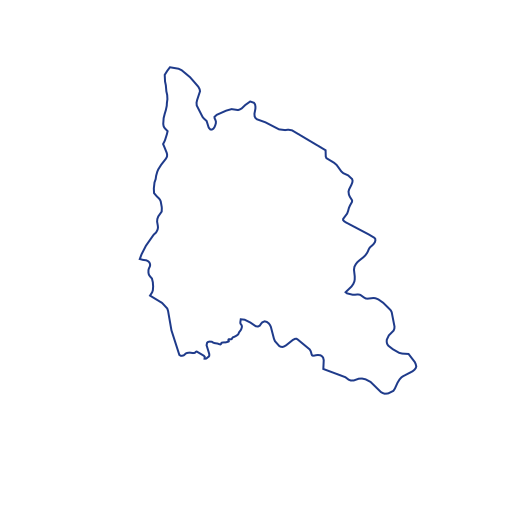 SVG path tracing the border of Arhangay, rotated 224°
{"feature_id": "MNG-3316", "entity_name": "Arhangay", "entity_type": "Province", "adm_level": 1, "iso_a3": "MNG", "parent_name": "Mongolia", "parent_adm1": "", "projection": "albers", "projection_center": [100.83, 48.018], "detail": "fine", "context": "isolated", "style": "outline", "palette": "blue", "viewbox_px": 512, "rotation_deg": 224, "n_neighbors": 0, "source": "natural_earth", "source_scale": "10m", "svg_char_len": 4362}
<svg xmlns="http://www.w3.org/2000/svg" viewBox="0 0 512 512"><g transform="rotate(224 256 256)"><path d="M304.7,153.9L305.5,157.8L306.4,159.7L308.9,162.7L310.4,164.0L311.9,165.4L315.2,167.5L317.8,167.7L319.5,168.0L320.3,168.3L321.8,169.3L323.6,171.2L324.4,172.7L325.1,174.8L325.9,176.0L327.0,176.8L328.3,177.3L329.9,177.3L331.9,176.7L334.6,174.7L337.5,173.1L339.5,177.7L342.3,186.9L344.2,198.9L344.4,200.4L344.2,203.4L344.8,205.7L345.4,207.1L346.4,208.5L347.7,209.6L351.0,212.0L352.7,214.1L353.8,216.6L354.7,222.4L356.8,224.8L357.9,225.8L362.5,229.1L364.0,229.7L365.6,230.0L368.9,230.0L373.0,230.4L376.4,233.6L380.1,238.4L381.6,241.6L383.6,244.4L385.6,248.1L386.5,250.5L387.6,255.8L388.4,263.4L388.9,265.2L389.3,266.0L390.5,267.3L391.9,268.2L396.6,270.3L400.6,272.0L401.5,275.0L402.1,276.5L404.6,281.5L406.3,284.4L409.6,284.5L411.3,284.7L412.8,285.3L414.5,286.6L418.2,291.0L420.4,294.8L422.2,298.3L424.5,302.0L426.4,304.2L428.7,307.3L431.7,310.1L434.9,312.2L439.5,316.2L442.6,318.3L447.5,322.9L448.5,327.7L449.0,332.0L441.8,336.9L438.5,338.0L427.6,338.8L415.1,337.7L412.4,336.8L410.7,335.6L406.7,327.3L405.3,325.0L403.2,323.1L391.0,318.9L389.2,318.7L385.3,318.8L379.6,315.7L378.6,315.4L376.7,315.3L375.6,316.2L375.1,317.9L375.4,319.9L376.2,321.9L377.1,323.6L378.3,324.9L379.8,325.7L381.4,326.3L382.5,327.2L382.3,330.3L378.4,339.9L375.6,344.7L370.3,348.5L369.5,350.0L368.8,352.2L368.6,357.2L367.5,363.1L363.9,364.8L362.0,364.4L360.2,363.1L358.8,361.6L355.9,357.2L354.0,355.5L352.3,354.9L350.3,355.0L342.1,358.7L327.4,363.1L322.5,366.8L320.6,369.2L317.4,371.4L279.4,380.4L274.9,376.0L273.3,375.3L264.5,377.3L261.2,377.5L253.4,376.1L250.8,376.2L245.7,378.0L240.3,378.1L238.8,377.2L237.8,375.8L236.8,373.4L235.3,368.6L234.2,366.6L231.8,364.7L229.6,363.8L225.9,362.9L225.2,362.5L224.5,361.5L223.5,357.7L222.6,355.2L221.0,352.3L219.9,349.8L219.1,343.3L218.4,342.4L216.9,342.2L214.7,342.6L190.0,349.8L183.6,351.3L182.2,351.2L181.0,350.2L180.1,348.6L179.7,346.1L179.8,343.9L180.0,342.0L179.9,340.5L179.5,339.0L178.7,337.0L178.2,335.2L177.8,332.3L177.9,329.7L178.6,324.5L178.8,321.9L178.5,319.3L177.7,316.6L176.0,314.2L170.8,309.9L168.7,307.7L167.6,306.1L166.6,303.5L166.1,300.4L166.4,292.2L164.7,292.3L159.7,295.2L157.8,297.0L156.5,298.6L155.3,299.7L153.9,300.5L149.3,301.2L147.5,301.7L146.1,302.8L142.4,307.3L141.0,308.4L139.8,309.0L137.7,309.8L131.9,310.7L123.3,310.6L121.2,310.5L119.3,309.8L107.3,301.4L106.0,299.8L105.2,297.9L105.3,291.2L103.8,286.7L102.8,285.5L101.9,284.7L100.8,284.0L99.6,283.6L98.4,283.4L92.8,284.0L85.7,285.8L83.0,287.4L78.2,291.5L68.1,290.0L66.1,289.2L64.0,287.9L63.2,286.2L63.0,284.2L63.3,281.8L66.6,272.0L67.1,269.8L67.0,267.0L66.2,263.3L64.0,257.1L63.5,254.4L65.4,249.1L66.4,247.8L67.8,246.3L69.5,245.5L71.6,244.9L86.1,245.0L91.5,243.4L94.6,241.5L96.8,239.2L99.2,234.4L101.3,232.3L103.4,231.4L107.5,230.9L129.1,221.5L134.9,228.1L137.1,229.5L138.7,229.7L140.6,229.4L142.7,227.8L144.0,226.2L144.9,224.8L145.8,223.8L146.7,223.5L148.1,224.1L149.5,225.0L151.0,225.7L152.6,226.1L168.0,224.9L169.4,224.6L170.4,223.5L171.2,221.2L172.3,212.7L172.9,210.6L173.7,209.0L175.2,207.9L176.7,207.4L183.2,207.9L185.7,209.0L196.0,215.3L197.8,216.0L199.9,216.4L202.4,216.1L204.4,215.0L205.4,212.6L205.3,210.7L204.9,208.5L205.6,206.6L207.4,205.3L213.9,204.2L219.9,202.3L223.0,199.9L221.5,197.8L220.8,197.0L220.4,196.7L219.9,196.5L218.6,196.3L217.7,195.9L217.3,195.6L217.0,195.3L216.5,194.6L215.8,193.1L215.5,192.1L215.3,190.6L215.2,189.4L214.5,187.7L214.4,187.0L214.6,185.7L214.9,184.5L215.5,182.7L216.1,181.6L216.1,180.7L216.0,180.1L215.8,179.6L215.9,179.2L216.1,178.7L217.5,177.5L217.8,177.1L217.7,176.7L217.5,176.3L216.4,175.9L216.3,175.4L216.8,174.5L217.8,172.8L219.1,171.5L220.0,170.4L220.4,169.8L220.4,169.1L220.1,168.7L220.1,168.2L220.2,167.6L221.7,166.8L222.7,166.4L225.4,164.5L226.3,164.1L227.1,163.8L227.5,163.8L228.0,163.7L228.5,163.4L230.0,162.1L230.4,161.5L230.9,160.5L230.9,159.9L230.9,159.6L229.6,157.5L221.5,153.0L220.8,152.3L220.3,151.7L220.1,150.6L220.3,150.0L220.4,148.6L220.7,147.4L221.7,146.4L222.9,147.9L224.3,148.0L232.3,146.1L232.7,145.3L232.7,144.4L232.8,143.7L233.9,142.4L236.5,140.5L237.7,139.1L238.6,137.7L238.8,136.8L238.9,134.8L239.0,134.3L239.2,133.9L239.6,133.4L239.9,132.8L240.7,132.0L242.4,131.6L244.3,132.6L265.2,143.8L281.1,155.4L283.4,156.6L290.9,157.0L304.7,153.9Z" fill="none" stroke="#1e3a8a" stroke-width="2"/></g></svg>